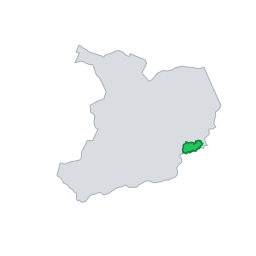 Yei, Central Equatoria, South Sudan shown in context, rotated 295°
{"feature_id": "79223893B15931514297219", "entity_name": "Yei", "entity_type": "district", "adm_level": 2, "iso_a3": "SSD", "parent_name": "South Sudan", "parent_adm1": "Central Equatoria", "projection": "natural_earth1", "projection_center": [30.16, 4.243], "detail": "fine", "context": "in_parent", "style": "filled", "palette": "green", "viewbox_px": 256, "rotation_deg": 295, "n_neighbors": 0, "source": "geoboundaries", "source_scale": "gbopen_adm2", "svg_char_len": 5431}
<svg xmlns="http://www.w3.org/2000/svg" viewBox="0 0 256 256"><g transform="rotate(295 128 128)"><path d="M195.0,194.2L188.6,201.7L188.1,202.1L187.3,202.7L184.7,202.7L182.1,202.3L179.6,200.4L177.1,201.9L175.5,202.4L174.6,202.5L172.3,202.8L169.2,203.6L167.8,204.6L167.0,205.4L166.4,206.8L166.1,207.0L165.5,206.8L164.7,206.2L163.0,205.4L162.2,203.5L161.4,202.4L160.7,201.8L158.1,203.7L156.8,204.1L155.7,204.0L153.8,203.0L151.7,202.1L150.6,202.1L149.0,203.2L147.1,204.9L146.1,206.5L145.7,207.5L145.0,206.0L144.4,205.1L143.5,204.7L141.7,205.1L141.3,204.5L141.2,203.3L140.9,202.1L140.5,201.2L139.1,200.3L135.6,198.6L132.8,195.0L131.5,193.3L130.4,192.3L129.0,189.5L127.4,187.6L125.5,186.7L124.2,187.1L122.8,189.2L120.3,191.1L119.2,191.2L117.7,190.1L115.8,189.4L112.5,189.0L111.1,190.0L109.3,191.4L107.8,192.3L106.8,192.4L106.0,192.1L105.0,191.9L104.1,191.9L102.3,190.5L101.4,189.5L100.8,188.5L99.8,187.9L98.6,187.4L97.7,186.5L97.3,185.4L96.7,184.1L95.8,182.8L93.1,180.6L92.3,179.3L91.7,178.0L90.6,176.6L89.4,174.8L89.0,172.0L89.0,169.8L88.7,168.8L88.2,167.7L87.6,166.9L86.7,165.9L84.5,164.5L82.2,162.8L81.1,161.9L79.0,161.5L77.8,160.6L76.7,158.5L76.3,156.8L75.3,155.6L74.8,154.6L74.6,153.5L75.4,150.3L74.2,149.1L72.4,147.6L71.1,146.0L70.3,144.5L68.0,142.5L62.9,139.5L60.0,137.6L58.4,135.9L57.1,134.2L56.9,133.5L57.8,131.8L58.0,130.4L57.2,128.9L54.2,126.1L51.8,122.9L50.0,121.9L45.6,121.1L44.3,120.7L43.0,120.1L41.7,118.7L41.3,117.0L41.9,114.4L41.5,113.5L40.8,113.3L41.0,112.8L41.8,111.5L43.2,110.6L46.8,109.3L47.0,108.8L47.1,107.1L47.4,106.3L48.7,104.0L48.8,103.0L48.9,101.1L49.1,100.1L49.4,99.5L50.4,98.3L50.8,97.6L51.0,96.1L50.9,93.1L51.4,91.9L53.7,89.2L54.3,88.0L54.5,86.9L54.5,85.8L54.6,84.7L55.3,83.7L55.9,83.3L57.6,83.0L58.7,83.2L66.8,81.4L67.7,81.6L68.1,82.7L68.1,84.5L68.2,85.3L68.6,85.9L69.9,86.8L70.8,88.2L71.3,88.7L72.5,89.6L78.5,97.6L80.2,98.4L81.8,98.1L85.1,96.5L86.7,96.0L98.0,96.5L99.3,96.3L101.1,100.3L101.9,101.2L114.4,101.3L114.2,100.1L114.3,98.9L116.5,96.4L116.8,96.1L118.8,94.9L120.6,94.1L124.2,93.2L125.6,91.8L126.3,90.4L126.3,87.8L126.8,87.4L127.7,86.8L131.8,84.5L132.5,84.0L139.9,89.4L144.1,93.7L144.3,93.9L144.5,94.0L144.8,93.8L144.9,93.6L145.4,93.5L147.2,93.4L150.6,93.2L151.7,92.7L158.4,85.0L160.1,82.5L160.5,82.0L161.5,80.3L162.5,77.3L162.7,76.9L170.1,69.7L170.3,69.2L170.4,68.7L169.3,66.3L169.1,65.1L169.0,63.2L169.2,60.2L169.1,58.4L169.0,57.9L169.0,57.7L164.9,52.4L175.2,52.4L175.3,51.7L175.2,51.5L175.0,50.9L174.9,50.0L174.9,49.6L175.0,49.1L175.0,48.9L175.0,48.7L182.5,48.6L182.4,50.1L181.5,53.6L181.5,55.8L181.3,58.2L181.0,58.9L180.7,59.5L180.5,60.0L182.1,73.5L182.0,74.1L181.6,74.9L181.5,75.2L181.5,75.4L181.6,75.6L185.1,77.0L185.4,77.2L186.6,79.0L193.4,85.4L193.6,85.7L194.3,87.7L194.4,88.0L194.5,88.5L194.4,88.9L194.3,90.1L194.3,90.6L194.4,91.0L194.5,91.4L194.5,91.5L194.5,91.8L193.5,94.2L193.2,95.8L193.1,97.2L193.1,98.0L193.2,98.5L193.3,98.7L193.4,98.8L196.4,98.8L196.3,99.6L196.8,111.7L196.8,113.1L196.7,114.8L196.3,115.5L195.5,116.5L194.5,117.4L191.8,117.6L189.6,117.6L188.1,117.4L185.9,117.3L183.9,117.5L183.2,118.2L180.5,124.7L179.7,126.3L179.5,127.3L179.8,127.8L180.8,128.6L183.1,129.8L185.7,130.5L187.6,130.8L189.0,131.1L190.0,131.4L193.7,134.4L194.9,135.7L195.6,136.9L195.7,138.2L196.2,139.5L199.6,143.6L202.9,145.5L204.1,147.6L205.3,148.7L206.4,149.8L207.0,151.5L208.4,156.4L209.4,158.9L210.3,161.0L210.7,164.4L211.5,165.9L212.3,167.8L213.6,169.5L215.0,170.7L215.2,171.1L201.3,186.9L195.0,194.2Z" fill="#d9dde1" stroke="#a8b0b8" stroke-width="1"/><path d="M147.1,199.6L147.0,199.0L146.5,198.7L146.5,198.3L146.8,198.2L146.7,197.3L145.1,195.8L145.1,195.1L143.9,195.0L143.5,196.2L141.3,194.6L142.4,193.8L141.8,191.7L141.3,191.7L141.4,190.9L139.8,188.7L140.2,187.8L139.9,186.4L138.7,187.2L137.2,185.8L135.7,185.3L133.7,186.4L131.8,186.4L129.5,188.0L129.8,188.0L129.6,188.2L129.7,188.4L129.6,188.5L129.5,188.8L129.4,188.9L129.4,189.0L129.5,189.1L129.5,189.3L129.5,189.5L129.4,189.7L129.4,189.8L129.4,190.0L129.3,190.3L129.3,190.5L129.3,190.8L129.4,191.0L129.3,191.3L129.4,191.5L129.5,191.5L129.8,191.7L129.8,191.8L129.9,192.0L130.0,192.1L130.3,192.0L130.5,192.0L130.8,191.9L131.0,192.0L131.3,192.2L131.4,192.3L131.5,192.4L131.6,192.5L131.8,192.7L132.0,192.8L132.0,193.0L131.9,193.1L131.8,193.3L131.8,193.5L131.7,193.6L131.6,193.8L131.8,193.8L131.7,193.9L131.7,194.0L131.8,194.0L132.0,194.2L132.0,194.3L132.1,194.5L132.2,194.4L132.3,194.3L132.5,194.3L132.8,194.4L132.9,194.5L133.0,194.7L133.0,194.8L132.9,194.9L132.9,195.0L133.0,195.1L133.1,195.3L133.2,195.5L133.3,195.5L133.4,195.8L133.5,195.8L133.8,195.9L134.0,195.9L134.0,196.0L134.3,196.1L134.5,196.2L134.7,196.3L134.8,196.2L135.0,196.0L135.1,196.3L135.1,196.5L135.1,196.8L135.2,197.0L135.0,197.3L135.2,197.5L135.3,197.6L135.5,197.6L135.5,197.8L135.5,198.0L135.7,198.3L135.6,198.5L135.6,198.8L135.7,199.0L135.8,199.0L135.7,199.1L135.7,199.3L135.8,199.4L136.0,199.4L136.3,199.4L136.5,199.2L136.8,199.1L137.0,199.2L137.1,199.3L137.2,199.5L137.3,199.6L137.5,199.6L137.8,199.7L138.0,199.6L138.0,199.8L138.3,199.8L138.5,199.9L138.5,200.0L138.7,200.3L138.8,200.4L138.8,200.5L139.0,200.7L139.3,200.6L139.4,200.4L139.5,200.4L139.5,200.5L139.7,200.8L139.6,201.0L139.8,201.0L139.9,201.3L140.0,201.3L140.2,201.2L140.3,201.1L140.5,201.0L140.7,200.9L140.8,200.8L140.9,201.1L141.0,201.1L141.1,201.3L141.1,201.5L141.3,201.7L141.3,201.8L142.6,201.4L143.7,202.3L145.7,202.1L145.7,200.4L147.1,199.6Z" fill="#22c55e" stroke="#15803d" stroke-width="1.5"/></g></svg>